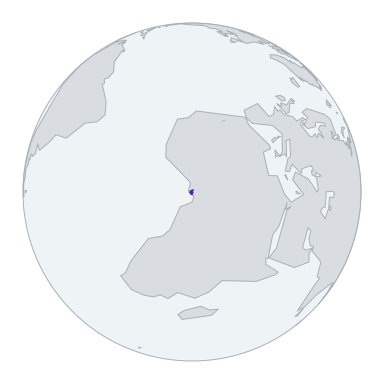 Rivers on an orthographic globe, rotated 55°
{"feature_id": "NGA-2844", "entity_name": "Rivers", "entity_type": "State", "adm_level": 1, "iso_a3": "NGA", "parent_name": "Nigeria", "parent_adm1": "", "projection": "orthographic", "projection_center": [6.981, 5.031], "detail": "fine", "context": "on_globe", "style": "filled", "palette": "violet", "viewbox_px": 384, "rotation_deg": 55, "n_neighbors": 0, "source": "natural_earth", "source_scale": "10m", "svg_char_len": 9114}
<svg xmlns="http://www.w3.org/2000/svg" viewBox="0 0 384 384"><g transform="rotate(55 192 192)"><circle cx="192" cy="192" r="169" fill="#eef3f6" stroke="#a8b0b8"/><path d="M129.9,34.9L132.8,33.8L136.0,32.6L139.0,31.6L140.1,31.3L135.4,32.9L134.2,33.3L133.3,33.7L130.5,34.7L132.5,34.0L126.7,36.4L133.9,33.7L130.6,35.4L126.3,37.1L124.9,37.3L114.3,42.0L129.9,34.9ZM100.5,50.0L95.5,54.0L91.0,57.2L86.3,61.3L89.6,59.1L94.4,55.2L99.4,52.5L104.8,48.6L107.6,47.2L113.8,43.5L114.8,43.9L112.5,46.4L107.4,49.6L106.2,51.0L112.7,48.1L104.7,54.9L102.2,61.2L99.9,63.3L92.5,66.3L88.4,65.3L78.9,71.4L87.0,67.5L81.2,73.7L81.1,75.0L82.6,74.9L85.6,72.8L84.0,75.2L75.3,79.3L76.6,77.2L79.3,75.7L77.4,75.6L71.5,79.3L69.0,82.7L62.7,86.4L60.9,89.1L58.5,91.7L61.9,87.1L55.6,95.7L47.9,104.6L39.3,120.9L45.6,107.9L46.4,106.3L53.5,95.3L61.4,84.8L70.1,75.0L79.6,65.9L89.7,57.5L100.5,50.0ZM29.1,147.0L29.0,147.6L26.2,159.4L25.1,165.9L25.7,164.8L25.9,168.3L27.9,161.7L30.2,158.6L28.4,168.3L31.1,159.8L31.4,164.9L37.2,166.0L36.3,168.1L40.8,180.9L48.6,187.4L50.4,195.0L49.2,199.3L52.6,201.1L52.7,204.0L68.7,210.5L79.0,219.0L80.1,229.2L74.3,240.1L75.7,264.1L67.0,270.6L69.3,280.1L70.3,293.0L64.5,291.0L70.8,298.3L71.4,301.9L68.9,301.6L72.4,306.4L70.8,306.0L74.7,309.5L78.1,315.0L84.2,320.2L88.2,324.6L92.2,327.6L91.5,327.3L92.4,328.1L94.5,329.7L89.6,326.4L81.4,319.7L78.0,316.5L77.0,315.7L69.2,307.4L70.3,308.9L59.2,295.6L52.3,284.7L37.0,252.0L34.0,245.1L29.8,236.3L24.1,210.4L23.5,200.6L23.2,195.6L24.3,182.2L25.4,168.9L25.4,166.8L24.5,171.4L25.1,165.8L29.1,147.0ZM36.7,126.5L35.4,135.8L33.8,136.1L34.5,134.7L35.3,131.1L36.1,127.5L35.3,128.8L36.7,126.5ZM41.5,117.9L41.5,117.1L41.9,117.2L41.5,117.9ZM112.8,43.7L113.3,43.6L111.9,44.3L112.8,43.7ZM115.1,42.3L113.1,43.2L113.9,42.7L115.1,42.1L115.1,42.3ZM117.3,41.4L115.5,41.7L116.9,40.8L122.7,38.3L117.3,41.4ZM134.6,33.1L133.2,33.6L133.5,33.5L134.6,33.1ZM145.6,29.5L146.2,29.4L144.3,29.9L140.3,31.1L140.2,31.2L145.6,29.5ZM143.7,30.1L146.7,29.3L145.4,29.8L140.9,31.0L143.7,30.1ZM142.5,31.7L142.1,31.5L144.6,30.6L142.5,31.7ZM148.0,29.0L148.4,28.8L149.3,28.6L151.0,28.2L148.0,29.0ZM155.5,27.1L150.3,28.6L150.3,29.0L148.1,29.7L148.4,28.9L155.5,27.1ZM154.4,27.3L154.6,27.3L151.8,27.9L149.9,28.4L154.4,27.3ZM156.1,27.1L157.4,26.7L156.4,27.0L156.1,27.1ZM160.6,26.1L158.9,26.5L157.5,26.7L160.6,26.1ZM161.1,25.9L163.0,25.6L158.1,26.5L160.5,26.0L161.1,25.9ZM166.7,25.3L160.8,26.5L157.8,26.8L163.9,25.6L166.7,25.3ZM99.8,333.0L91.0,327.4L95.0,330.1L92.7,328.0L99.1,332.0L99.8,333.0ZM95.1,327.8L95.4,326.8L97.0,327.7L97.1,328.6L95.1,327.8ZM356.3,152.5L353.6,142.9L354.2,146.2L352.3,140.0L347.1,128.2L346.8,132.7L347.7,150.0L350.8,166.0L349.8,173.6L341.0,151.3L335.4,136.4L333.3,138.2L323.3,126.6L309.3,127.4L306.3,123.8L303.9,125.9L296.8,122.7L291.9,116.8L288.0,117.6L300.8,133.1L304.8,132.4L306.9,125.8L309.8,131.6L316.5,136.4L312.5,151.6L290.1,166.8L286.3,154.9L261.2,124.4L261.1,120.9L260.9,120.5L260.5,119.8L259.8,125.6L255.0,119.8L270.1,140.9L273.3,150.4L289.8,167.5L288.6,169.5L293.5,173.0L307.1,167.3L307.5,171.4L302.0,190.8L281.8,218.2L283.6,235.6L280.7,250.6L266.2,261.3L265.5,272.7L257.8,277.1L256.0,283.6L248.7,290.7L237.2,297.6L219.6,298.5L220.0,292.7L213.5,281.7L205.1,254.4L211.1,241.5L210.2,231.6L197.4,210.1L200.3,197.8L196.5,192.8L188.8,194.3L184.2,188.3L179.4,188.3L148.5,193.5L138.2,185.8L124.0,162.2L128.9,152.6L128.3,141.8L161.4,105.4L170.0,107.0L197.9,101.7L201.7,102.8L200.2,110.7L222.6,119.7L227.7,112.8L246.2,117.4L257.3,116.7L258.1,101.9L239.8,102.6L234.9,95.8L248.1,89.2L263.8,89.5L262.3,87.0L250.9,81.5L253.0,76.9L246.8,79.4L250.4,81.9L246.7,83.8L243.1,81.7L244.0,80.0L238.8,79.1L236.0,88.3L239.4,91.8L226.8,94.1L231.2,100.4L228.4,103.6L219.7,94.3L219.4,90.8L204.7,81.7L203.9,85.5L217.7,94.5L214.1,93.9L213.1,99.9L211.0,94.9L196.0,84.9L183.6,87.9L170.5,103.2L162.7,104.9L155.0,102.4L157.2,87.5L174.3,85.6L175.3,81.1L169.6,75.2L175.3,75.3L175.1,72.9L181.4,72.3L188.0,66.3L194.0,65.5L194.5,58.7L197.7,57.6L196.5,61.7L198.9,64.5L213.6,63.5L215.8,62.0L214.9,57.9L219.1,58.5L216.4,54.7L223.8,53.1L212.5,52.2L211.2,48.3L214.5,45.2L212.0,44.0L206.6,49.0L206.3,51.3L209.2,53.4L206.6,60.5L202.0,61.9L197.1,54.5L190.0,56.1L189.2,50.4L204.3,39.0L211.7,37.1L228.3,41.3L227.8,43.4L221.6,42.8L229.3,46.6L227.7,44.7L231.2,45.4L230.8,42.5L233.2,43.0L228.7,39.7L231.6,39.9L234.4,42.0L236.4,38.7L241.9,38.9L241.2,38.1L238.8,37.0L247.4,38.5L246.5,37.8L243.3,37.0L239.4,35.3L235.9,33.0L239.1,33.6L240.8,34.5L249.1,37.7L253.1,40.4L254.1,40.5L251.3,38.3L241.2,34.3L238.1,32.9L243.1,34.4L241.0,33.7L240.5,33.2L243.0,33.4L237.6,31.7L227.7,27.2L231.5,27.7L237.0,29.2L235.9,28.8L247.4,32.4L258.7,36.8L269.6,41.9L280.1,47.8L290.2,54.5L299.8,61.9L308.8,69.9L317.2,78.6L325.0,87.8L332.1,97.6L338.5,107.8L344.1,118.5L349.0,129.5L353.1,140.9L356.3,152.5ZM152.1,123.3L151.6,126.5L152.1,123.3ZM282.0,98.0L290.3,98.3L283.8,89.6L286.5,89.2L283.3,86.6L283.3,89.1L275.0,82.2L277.6,79.7L275.2,76.2L272.3,76.0L268.8,81.9L280.6,91.5L279.9,95.1L282.0,98.0ZM37.4,165.9L37.9,167.9L36.8,167.8L37.4,165.9ZM32.3,139.9L32.6,140.4L32.3,142.0L31.9,142.3L32.3,139.9ZM37.9,142.4L38.9,143.6L37.4,144.0L37.9,142.4ZM35.5,137.0L37.1,141.8L34.2,144.0L33.4,141.1L34.7,140.7L35.5,137.0ZM38.8,123.1L38.8,123.9L37.9,125.6L38.8,123.1ZM41.7,118.1L42.1,116.7L41.7,118.1ZM81.7,73.4L82.4,73.2L83.3,73.7L81.7,74.5L81.7,73.4ZM94.3,70.7L91.5,74.7L92.4,72.2L89.7,73.8L88.2,71.1L98.7,64.2L94.2,67.6L94.3,70.7ZM89.1,66.2L88.9,68.3L88.7,66.3L89.1,66.2ZM167.7,62.1L170.6,63.3L169.2,66.0L161.5,68.5L163.4,64.4L167.7,62.1ZM174.9,64.4L172.1,57.2L176.8,55.9L174.6,57.8L178.0,57.6L175.4,60.7L182.6,67.0L181.8,69.9L168.1,72.0L173.0,69.5L169.9,68.3L174.9,64.4ZM156.9,45.8L155.7,43.9L167.3,43.2L167.0,45.1L159.4,47.3L155.2,46.4L156.9,45.8ZM127.8,37.3L126.6,37.6L127.9,37.0L130.0,36.3L127.8,37.3ZM142.1,31.7L134.3,36.1L132.6,36.5L130.1,39.3L124.5,41.5L126.3,39.5L120.2,43.6L119.6,42.7L115.9,45.5L120.5,40.8L119.7,40.5L122.7,39.9L127.8,37.8L129.8,36.8L134.8,34.0L135.6,32.9L140.9,31.2L144.3,30.2L144.9,30.2L141.3,31.2L144.7,30.5L140.0,32.1L142.1,31.7ZM182.0,26.7L177.6,26.8L183.6,27.8L178.9,28.4L179.9,28.5L177.2,29.5L175.6,31.0L173.3,31.3L173.7,31.8L171.9,32.7L171.7,33.6L167.3,34.4L166.7,35.7L165.0,35.5L165.1,37.5L163.1,36.4L160.6,37.8L163.9,38.1L140.8,43.1L132.8,46.9L127.1,50.8L124.4,49.1L127.9,44.6L134.7,39.6L142.9,36.6L140.2,36.7L143.3,35.4L144.1,35.9L144.7,34.4L147.5,33.5L153.5,30.6L152.6,29.5L154.8,28.7L156.5,28.7L157.5,27.9L162.3,27.4L164.0,26.8L170.4,26.1L172.8,26.8L174.5,26.2L179.5,25.9L182.0,26.7ZM168.4,25.1L172.4,25.2L171.8,25.8L160.9,26.9L158.7,27.4L151.7,28.7L152.7,28.0L154.6,27.6L156.7,27.1L155.6,27.5L158.1,26.9L160.8,26.5L163.5,26.0L164.0,26.1L168.4,25.1ZM204.9,99.7L207.7,99.9L211.7,99.4L211.2,103.4L204.9,99.7ZM194.6,92.9L196.9,92.3L198.1,97.1L195.3,97.2L194.6,92.9ZM197.2,88.0L197.0,91.8L195.4,89.8L197.2,88.0ZM198.5,61.1L200.8,60.5L201.5,61.4L200.7,63.0L198.5,61.1ZM198.8,31.5L196.4,31.0L196.8,30.7L193.8,29.1L197.1,28.7L200.1,29.6L198.8,31.5ZM255.6,104.5L253.0,107.5L251.0,106.2L252.3,105.4L255.6,104.5ZM231.5,105.3L237.5,106.9L231.3,106.4L231.5,105.3ZM201.8,30.8L200.2,30.1L202.8,30.4L201.8,30.8ZM199.3,28.5L202.2,28.6L197.1,28.5L199.3,28.5ZM290.6,322.9L289.6,324.7L288.1,325.0L290.6,322.9ZM304.2,246.6L290.7,273.2L284.3,273.8L284.6,266.3L290.7,250.3L298.7,245.3L303.0,237.8L304.2,246.6ZM360.7,183.5L360.1,176.4L360.2,176.5L360.7,183.5ZM351.3,167.5L353.9,176.9L353.0,178.7L351.3,167.5ZM227.2,30.2L227.8,32.5L230.3,34.6L235.1,36.2L228.5,35.2L224.7,31.9L227.2,30.2ZM227.3,27.3L223.1,26.3L224.7,26.5L225.9,26.8L227.3,27.3ZM224.9,26.9L220.2,26.3L217.7,25.7L221.9,26.2L224.9,26.9ZM211.2,27.6L211.1,28.2L209.0,27.9L211.2,27.6Z" fill="#d9dde1" stroke="#a8b0b8" stroke-width="1"/><path d="M193.6,193.0L193.6,193.3L193.4,193.3L193.2,193.3L193.0,193.2L193.0,193.3L192.9,193.3L193.0,193.5L192.9,193.6L192.8,193.4L192.6,193.2L192.4,193.1L192.3,192.9L192.2,192.9L192.3,192.9L192.3,193.0L192.5,193.2L192.6,193.3L192.6,193.5L192.4,193.7L192.2,193.6L192.3,193.7L192.2,193.8L192.1,193.7L192.1,193.4L192.1,193.2L192.1,192.9L192.0,193.0L191.9,192.9L191.9,193.0L192.0,193.1L191.9,193.2L191.9,193.3L192.0,193.3L192.0,193.5L192.1,193.8L191.9,193.9L191.7,193.9L191.7,193.7L191.5,193.4L191.6,193.2L191.4,193.0L191.4,192.8L191.4,192.7L191.2,192.6L191.3,192.7L191.3,192.8L191.4,193.0L191.5,193.2L191.5,193.3L191.5,193.7L191.5,193.8L191.7,194.0L191.4,194.0L191.2,194.0L191.2,193.8L191.2,193.7L191.3,193.4L191.3,193.2L191.2,193.3L191.2,193.2L191.0,192.9L190.8,192.8L190.5,192.9L190.4,192.9L190.4,192.7L190.3,192.4L190.4,192.2L190.4,191.9L190.5,191.8L190.5,191.7L190.6,191.4L190.8,191.3L190.8,191.2L190.6,190.9L190.6,190.7L190.8,190.5L190.8,190.4L190.9,190.0L191.0,190.0L191.0,190.6L191.3,190.8L191.3,191.0L191.2,191.1L191.3,191.2L191.3,191.3L191.7,191.5L192.1,191.5L192.5,191.5L192.8,191.5L192.8,191.8L192.5,192.2L192.6,192.5L192.9,192.5L193.0,192.4L193.2,192.5L193.3,192.5L193.5,192.6L193.6,192.8L193.6,193.0ZM192.9,193.6L193.0,193.6L193.0,193.8L192.9,193.8L192.6,193.9L192.6,193.7L192.8,193.5L192.9,193.6ZM193.6,193.6L193.8,193.6L193.7,193.7L193.4,193.8L193.1,193.7L193.3,193.6L193.5,193.6L193.6,193.6Z" fill="#8b5cf6" stroke="#5b21b6" stroke-width="1.5"/></g></svg>